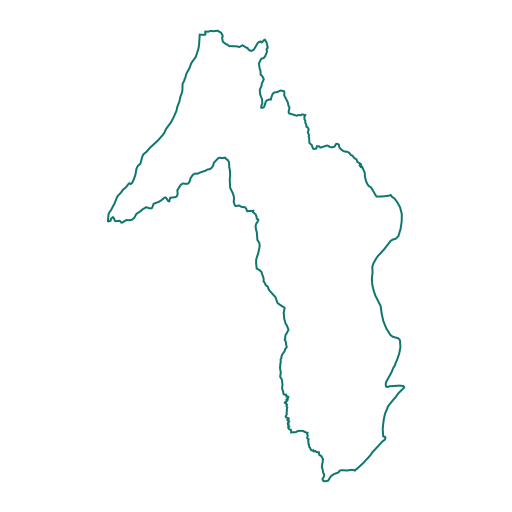 Oña, Azuay, Ecuador (Equal Earth projection)
{"feature_id": "8360857B30899779173578", "entity_name": "Oña", "entity_type": "district", "adm_level": 2, "iso_a3": "ECU", "parent_name": "Ecuador", "parent_adm1": "Azuay", "projection": "equal_earth", "projection_center": [-79.149, -3.497], "detail": "fine", "context": "isolated", "style": "outline", "palette": "teal", "viewbox_px": 512, "rotation_deg": 0, "n_neighbors": 0, "source": "geoboundaries", "source_scale": "gbopen_adm2", "svg_char_len": 6031}
<svg xmlns="http://www.w3.org/2000/svg" viewBox="0 0 512 512"><path d="M108.2,221.4L110.5,220.8L111.1,218.7L112.7,217.2L113.4,217.4L115.0,220.9L115.9,221.2L119.7,220.8L121.5,222.7L122.2,222.6L126.4,220.0L129.4,220.2L131.9,219.8L134.2,217.9L136.5,213.8L140.2,211.4L142.1,209.7L146.1,207.2L149.5,208.3L151.5,208.3L152.1,207.8L153.6,203.8L158.6,201.9L161.2,200.4L164.2,197.8L165.5,197.5L166.1,197.8L168.3,201.2L169.3,201.3L170.2,197.8L175.7,197.1L177.1,195.8L177.7,193.2L177.3,190.3L180.8,184.8L182.9,183.5L186.7,183.9L188.4,183.4L189.7,181.3L190.7,177.9L192.8,174.9L194.6,173.7L197.8,173.7L199.8,172.6L205.4,170.7L207.3,169.6L210.2,169.0L211.6,167.8L213.2,165.6L213.8,162.8L218.2,158.2L219.5,157.7L222.5,158.2L225.1,157.6L226.1,158.9L228.1,160.4L229.1,162.6L229.2,167.0L230.0,170.8L230.1,176.5L229.7,179.4L230.2,188.0L232.6,192.8L233.8,196.3L234.0,198.2L233.7,202.0L234.8,205.3L235.7,206.1L239.1,205.5L241.6,206.9L245.1,207.3L246.5,209.3L246.9,210.9L247.2,211.2L253.3,210.8L253.0,212.2L255.6,214.3L256.4,216.3L256.8,218.8L258.3,219.5L258.2,220.6L256.0,224.2L255.6,226.1L255.9,229.2L256.8,232.2L257.4,240.0L259.2,242.6L259.6,245.2L259.6,246.7L258.3,252.9L256.2,259.4L256.1,263.6L256.7,268.5L259.6,270.2L261.4,271.9L263.6,278.4L263.6,281.3L264.9,283.1L265.8,285.3L267.5,286.3L269.2,290.3L275.5,297.2L277.4,302.7L278.1,303.5L284.4,307.7L284.6,308.2L283.7,312.9L284.2,318.6L285.6,323.6L286.9,325.6L288.5,329.7L286.7,333.3L285.7,334.7L285.2,336.7L285.2,338.8L284.7,339.5L285.9,342.1L286.1,344.6L286.6,346.2L286.6,347.5L285.3,348.9L284.5,351.3L282.4,354.3L281.4,356.7L281.4,358.1L280.6,359.4L280.7,362.7L280.2,364.4L280.3,365.7L280.0,367.6L280.8,372.9L280.2,376.2L280.3,377.1L281.6,379.0L282.0,380.7L282.5,384.5L282.1,387.1L282.3,389.3L283.3,392.0L283.3,393.6L284.2,394.6L286.2,394.7L286.4,396.5L287.8,396.5L288.4,397.0L288.3,397.6L286.4,399.6L286.4,400.0L286.8,400.1L287.3,399.3L287.7,399.6L287.5,400.2L286.5,401.2L285.9,403.0L285.4,403.1L285.0,402.5L284.8,402.8L287.0,404.6L286.5,406.5L287.3,407.6L286.7,409.8L286.9,410.8L286.6,412.9L286.8,414.1L285.7,416.6L286.2,417.4L288.7,418.3L288.6,419.7L287.5,419.9L287.8,420.6L289.1,421.6L288.1,422.6L287.7,423.6L287.8,423.9L288.5,423.9L288.6,424.5L288.1,425.1L289.2,426.6L288.1,427.3L288.7,428.6L289.3,429.3L290.8,429.7L291.2,431.1L291.1,432.4L295.7,432.2L298.1,430.9L302.9,430.9L303.7,431.1L304.2,431.8L307.4,432.8L306.9,433.7L307.5,434.6L307.7,436.2L307.2,437.4L307.3,438.4L308.6,439.2L308.1,441.0L308.6,442.7L308.4,443.9L309.1,444.9L309.2,446.8L310.1,447.9L311.0,450.0L312.9,450.8L313.5,450.4L313.9,451.4L315.5,451.1L316.4,452.0L318.9,452.3L318.8,453.5L319.4,454.4L319.5,455.1L321.5,456.2L323.1,459.5L322.8,460.0L322.7,462.5L322.2,463.8L321.9,467.6L322.5,468.8L323.3,473.1L324.0,474.1L324.2,475.1L323.9,476.6L322.5,479.1L322.7,480.0L323.5,481.0L325.1,481.3L328.1,480.7L330.9,476.2L334.2,474.0L338.6,472.4L339.3,471.0L339.9,470.6L341.6,470.2L347.1,470.5L351.9,469.8L354.9,470.5L355.0,470.0L356.5,469.2L363.4,462.9L370.2,455.5L372.2,452.5L382.4,441.5L385.0,439.5L385.4,437.4L385.0,436.9L383.2,436.4L382.7,428.6L383.7,419.8L385.0,413.8L387.4,408.1L387.7,406.9L389.4,404.5L394.5,398.3L395.5,397.4L397.9,393.8L404.1,387.6L403.9,386.5L403.2,386.1L399.8,385.6L389.2,386.3L387.9,386.9L386.7,386.9L386.0,386.4L385.7,383.9L386.1,382.1L391.6,372.1L393.1,368.3L395.3,364.6L395.3,363.7L397.0,360.0L399.2,353.6L400.4,347.3L400.0,340.6L399.3,339.3L398.1,338.2L392.8,336.8L390.3,334.9L386.2,328.2L383.3,321.0L381.7,313.7L380.6,305.9L375.4,295.7L373.7,290.7L372.4,285.4L371.9,280.0L372.0,277.0L372.6,272.4L372.3,266.8L373.4,263.4L376.4,258.1L378.1,255.8L384.0,249.5L390.7,240.8L392.8,239.6L395.8,238.7L398.4,236.1L400.6,228.8L401.7,221.3L401.8,214.1L400.1,207.4L397.2,202.1L394.6,198.6L391.9,196.7L390.7,195.0L389.2,195.6L383.6,196.4L376.8,196.6L376.2,196.2L371.1,187.5L368.6,185.8L367.5,184.3L366.0,181.2L364.8,176.0L364.9,173.7L364.4,172.0L362.2,166.9L361.5,167.3L360.8,167.0L359.6,165.2L359.9,164.8L360.9,165.3L361.1,164.9L360.6,163.8L357.5,162.1L356.5,159.4L354.3,158.1L352.5,155.7L350.9,155.1L349.2,152.8L347.2,151.8L344.1,151.4L341.9,150.1L339.4,147.6L338.9,144.8L337.9,144.0L336.8,143.8L335.8,144.2L334.6,146.6L331.9,147.4L329.9,147.0L328.4,145.9L327.1,145.5L320.3,147.6L318.8,146.2L316.9,146.3L316.4,148.2L315.9,148.7L313.6,148.9L312.9,148.4L311.8,145.1L309.6,143.2L309.4,142.6L309.1,137.6L308.7,136.9L309.0,135.1L307.8,132.3L308.7,129.5L307.8,127.5L306.4,126.7L306.2,124.5L305.3,122.8L305.3,120.8L304.4,119.1L304.4,116.8L305.3,115.1L302.2,114.4L300.7,115.2L298.3,115.1L296.6,115.7L289.1,113.4L288.6,112.0L289.5,107.4L288.5,105.8L287.8,102.4L284.2,95.3L284.4,92.5L284.0,91.2L280.6,90.5L276.9,92.2L274.7,92.4L273.5,93.0L272.5,94.2L271.3,97.5L270.8,99.6L269.0,99.5L266.7,100.5L265.6,102.1L264.2,106.8L262.6,107.8L261.2,107.7L261.3,105.9L262.3,103.6L262.1,99.6L260.1,94.2L259.8,89.9L261.6,85.5L261.9,83.1L263.1,81.0L263.8,79.1L262.1,75.9L260.7,74.8L260.5,70.8L259.7,68.8L258.9,63.5L261.2,58.8L263.7,58.0L265.3,56.0L266.8,52.2L267.0,51.1L266.5,49.4L266.8,48.5L267.7,47.9L267.6,46.8L266.6,42.7L264.9,39.7L264.4,39.8L261.9,42.4L261.3,42.4L260.7,41.5L259.0,41.9L257.5,43.4L253.8,49.7L251.3,50.9L249.7,50.5L247.9,48.8L247.5,47.9L245.9,47.5L242.6,45.3L239.3,47.0L236.5,46.3L229.2,46.1L227.4,44.6L226.0,44.2L223.2,42.0L222.7,41.1L222.1,37.8L222.7,36.5L222.4,35.0L221.0,32.6L218.9,31.6L218.0,30.7L213.5,31.2L210.6,30.9L208.3,31.7L205.4,31.5L205.1,32.1L205.5,33.6L205.3,34.5L204.8,34.8L199.7,34.7L199.1,44.3L198.6,47.8L197.7,51.1L195.8,56.8L191.3,63.1L189.5,68.1L186.9,72.7L186.0,74.8L185.3,77.8L184.6,78.9L184.4,80.3L182.6,83.8L182.4,90.3L181.8,93.3L180.5,96.3L179.4,101.5L177.3,106.9L176.5,110.7L173.6,117.3L171.0,122.3L166.1,128.9L164.3,132.9L162.4,135.4L157.6,140.8L150.0,147.7L146.5,151.8L143.3,154.4L142.4,156.4L140.3,163.9L138.0,165.7L137.0,167.5L136.4,169.1L135.4,174.9L133.7,179.7L132.1,182.9L130.6,184.1L129.5,183.3L128.8,183.6L126.0,187.2L123.0,189.7L120.8,192.8L117.4,196.3L114.5,203.5L110.9,210.3L109.2,212.6L108.5,214.7L107.9,221.2L108.2,221.4Z" fill="none" stroke="#0f766e" stroke-width="2"/></svg>